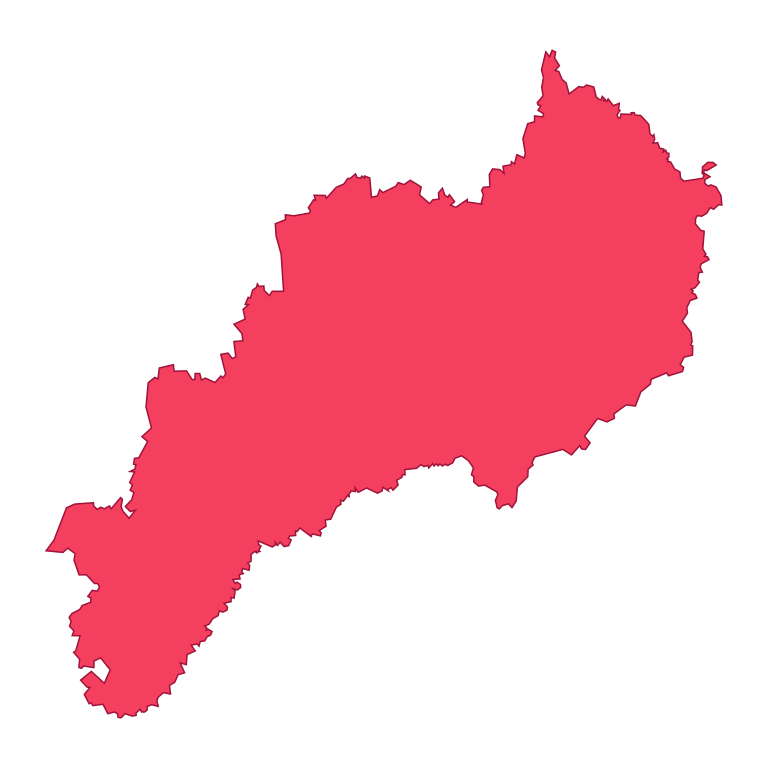 Thabo Mofutsanyane, Free State, South Africa (orthographic projection)
{"feature_id": "47623444B5552574832417", "entity_name": "Thabo Mofutsanyane", "entity_type": "district", "adm_level": 2, "iso_a3": "ZAF", "parent_name": "South Africa", "parent_adm1": "Free State", "projection": "orthographic", "projection_center": [28.545, -28.29], "detail": "fine", "context": "isolated", "style": "filled", "palette": "rose", "viewbox_px": 768, "rotation_deg": 0, "n_neighbors": 0, "source": "geoboundaries", "source_scale": "gbopen_adm2", "svg_char_len": 6060}
<svg xmlns="http://www.w3.org/2000/svg" viewBox="0 0 768 768"><path d="M716.2,165.0L713.0,162.4L707.7,162.4L702.5,167.0L702.2,173.4L704.1,175.1L703.0,178.2L684.0,181.2L680.6,178.1L679.9,171.8L674.7,169.1L670.6,161.9L667.5,161.6L668.3,159.8L666.6,158.7L668.8,157.1L668.9,153.3L666.9,153.3L665.7,150.2L663.1,152.0L663.9,149.1L659.7,148.2L657.7,142.7L653.0,143.1L654.7,139.2L653.9,134.7L652.6,136.1L650.0,134.0L648.8,124.4L640.7,115.5L635.2,115.1L634.2,112.7L632.1,112.6L631.2,112.8L631.9,113.9L631.3,114.4L621.0,114.0L620.2,117.9L618.3,117.9L617.0,114.9L620.0,110.5L618.6,109.3L619.3,103.3L613.3,105.6L608.1,98.9L607.1,101.3L604.8,99.2L604.8,100.4L603.9,100.9L604.4,98.6L602.2,96.5L601.2,99.9L598.9,99.2L596.2,96.9L593.8,87.0L586.6,85.0L583.3,87.4L578.9,86.5L569.1,94.0L566.2,83.1L562.1,79.4L558.8,71.5L555.2,70.5L559.4,65.7L554.6,58.0L555.6,52.0L552.1,50.3L549.6,56.8L545.8,51.9L541.5,69.9L543.5,77.7L541.7,87.2L543.1,95.9L537.3,102.7L538.0,105.0L540.8,105.6L538.0,110.3L543.6,113.7L542.7,116.9L534.6,115.9L534.5,121.7L527.7,123.7L522.9,138.7L525.3,153.4L524.2,157.9L516.9,154.7L514.5,164.0L511.5,161.7L510.8,164.8L502.9,166.2L504.1,173.4L499.9,169.6L492.6,168.9L489.3,174.4L489.9,186.7L483.4,187.3L481.6,190.3L483.4,195.0L481.2,203.1L482.8,204.2L467.2,202.0L467.3,199.5L455.8,207.4L450.6,205.1L454.6,201.7L449.4,194.7L448.0,197.2L444.8,195.2L442.4,188.2L438.5,192.8L438.9,199.1L432.7,199.9L429.6,203.6L419.5,194.8L421.2,187.0L410.3,180.2L404.0,184.6L398.2,182.5L395.9,186.2L382.8,192.6L379.7,189.6L377.5,195.9L371.5,197.3L369.8,178.0L364.6,176.0L364.4,178.0L361.8,176.1L360.5,178.2L356.9,177.4L355.5,173.9L350.2,178.5L347.8,178.4L343.9,184.0L336.3,187.3L326.4,198.2L325.3,195.4L314.1,195.3L315.6,200.1L313.6,199.8L308.3,207.8L310.3,210.4L309.7,213.0L294.0,215.8L285.3,214.8L285.5,219.6L275.3,223.7L276.1,236.1L281.1,253.9L283.6,291.3L272.2,291.3L269.4,295.6L264.3,290.6L263.8,286.0L259.2,286.5L257.4,283.9L256.4,287.4L252.7,290.0L250.4,298.0L248.2,297.3L245.2,304.4L248.4,304.7L243.1,309.3L245.1,319.1L234.0,324.2L241.9,333.6L242.9,340.8L233.9,341.5L235.8,356.9L232.2,358.5L228.0,353.1L220.8,354.4L225.7,373.8L223.0,377.8L220.9,376.0L215.0,382.5L205.3,378.1L201.5,380.0L199.7,373.5L195.2,373.5L194.8,379.4L192.3,379.8L186.5,370.9L174.1,371.2L173.4,364.7L159.3,368.0L158.0,378.9L154.8,377.4L148.2,382.7L146.0,407.1L151.5,427.9L141.9,436.7L147.6,441.5L138.8,457.8L134.5,458.3L133.6,464.2L135.9,464.8L134.9,469.1L130.1,471.5L134.6,471.9L129.6,482.6L132.4,484.8L130.2,490.3L133.9,492.4L131.7,499.8L125.3,506.5L130.3,511.6L135.4,510.1L129.1,518.2L123.1,511.5L121.1,506.6L122.4,499.4L120.6,497.6L111.1,508.9L109.4,505.9L104.4,508.8L100.7,507.2L97.2,509.4L93.6,505.9L93.4,502.7L74.7,504.1L66.5,507.8L54.0,540.1L46.1,550.8L63.0,552.4L67.7,548.1L75.2,553.7L74.0,560.1L79.1,574.9L86.4,574.8L94.5,583.5L97.9,583.6L99.4,587.3L97.1,591.2L92.3,590.3L87.8,596.4L91.0,598.2L90.6,602.3L82.2,605.5L79.7,609.5L72.1,613.4L69.1,617.5L71.1,621.1L69.6,626.3L73.9,630.9L72.2,635.6L80.1,635.8L75.7,651.0L73.6,652.3L79.6,659.1L78.9,667.5L81.6,668.3L83.6,666.0L93.9,667.6L94.0,661.0L100.7,657.9L110.2,669.9L104.3,683.3L91.3,671.4L80.6,680.1L87.0,687.1L90.0,687.4L84.3,694.4L89.1,703.7L91.1,702.9L92.9,705.6L103.0,704.3L107.8,713.7L114.5,712.0L117.2,713.5L118.2,717.5L121.2,717.7L125.1,713.6L132.1,716.1L136.1,715.4L136.0,713.0L140.2,709.2L141.5,712.0L144.6,712.0L147.0,710.2L147.3,706.5L151.7,704.7L158.2,706.4L156.9,701.0L158.2,697.1L163.4,692.7L170.5,694.0L169.5,685.4L174.7,682.3L178.2,674.6L184.6,672.8L180.2,663.0L186.3,664.6L187.1,654.6L195.2,650.9L191.2,645.1L197.1,644.0L199.0,646.1L200.2,641.5L204.7,640.9L207.0,636.8L210.6,635.1L212.1,631.6L208.1,629.2L206.3,630.2L206.8,627.9L204.6,626.0L209.1,624.2L212.8,618.6L218.1,615.6L219.3,610.8L222.9,612.1L226.9,610.2L227.5,607.1L224.0,603.2L231.1,601.7L231.0,597.5L234.1,598.1L235.1,591.2L232.9,588.6L237.2,590.0L240.6,587.6L240.5,584.5L237.0,582.1L235.3,583.5L232.8,579.5L240.0,579.0L239.3,574.7L243.3,573.6L241.7,571.9L242.6,568.5L249.1,570.2L249.7,565.4L247.7,563.0L251.1,561.2L251.1,554.4L254.8,551.4L256.3,552.5L255.8,550.8L256.8,552.4L259.9,551.4L258.8,550.4L261.0,546.0L258.8,544.8L258.1,540.9L272.2,547.0L275.6,544.8L275.3,542.4L277.5,545.4L280.2,542.2L284.1,546.6L288.6,545.7L291.2,539.9L288.4,538.4L289.6,536.0L295.7,535.5L295.4,531.1L297.3,531.5L299.8,528.0L311.7,536.9L310.9,535.3L312.8,534.0L320.4,535.9L321.2,532.9L319.2,530.7L326.1,526.1L325.2,520.0L330.7,519.2L336.4,507.1L340.9,504.3L340.7,500.2L343.4,501.2L347.8,495.2L349.4,497.3L348.9,494.3L351.5,490.8L355.4,491.6L355.2,487.8L358.2,492.3L366.6,488.0L377.5,493.2L382.1,490.9L382.8,487.3L388.3,490.8L387.6,489.3L391.3,487.7L393.0,490.2L398.1,485.0L396.7,480.3L401.9,477.3L402.3,474.8L405.1,474.8L404.8,469.6L416.6,468.3L420.9,464.7L424.0,466.6L427.7,465.4L428.8,468.0L432.6,463.6L434.0,466.0L436.3,464.0L438.2,465.8L439.8,463.9L442.4,466.0L445.0,464.3L447.8,465.5L452.8,462.7L454.9,458.3L461.6,455.8L468.5,460.7L473.4,468.0L471.4,474.8L474.0,476.9L473.7,481.9L478.5,486.1L484.7,485.1L496.7,491.8L497.9,494.6L495.4,500.3L497.2,507.8L499.3,508.9L502.2,505.7L508.3,503.8L512.0,507.6L516.2,501.0L517.4,487.0L527.8,476.7L528.1,469.3L533.1,464.9L532.0,462.8L534.9,456.9L562.8,449.4L571.5,454.9L579.8,445.6L581.5,448.9L585.5,449.5L590.1,442.8L584.5,436.2L597.6,418.5L607.0,421.9L614.4,418.3L613.9,413.9L626.1,404.9L635.4,406.0L640.8,391.9L650.4,384.1L651.2,379.3L666.7,372.9L668.5,375.8L682.5,371.5L683.6,367.3L680.2,364.7L684.1,357.2L692.5,355.1L692.7,345.9L690.6,345.0L692.1,341.8L691.0,332.4L682.3,321.2L687.5,313.1L686.8,307.7L690.2,300.5L696.9,298.2L695.4,294.5L691.9,292.9L693.2,291.0L691.0,289.3L695.1,287.7L699.5,282.2L697.7,280.2L698.8,272.6L702.4,272.1L700.2,267.6L701.2,263.8L709.0,259.6L707.4,256.7L704.4,256.3L705.9,254.3L702.8,248.8L704.2,231.2L700.7,230.3L695.4,223.8L695.6,218.7L697.2,215.7L701.8,216.2L706.5,213.4L710.3,207.6L713.6,209.3L718.6,204.7L721.9,205.0L720.9,195.4L716.0,186.9L710.8,184.9L708.2,186.1L704.7,183.3L705.0,179.5L710.0,176.7L703.4,172.5L704.6,169.9L706.6,170.7L716.2,165.0Z" fill="#f43f5e" stroke="#9f1239" stroke-width="1.5"/></svg>